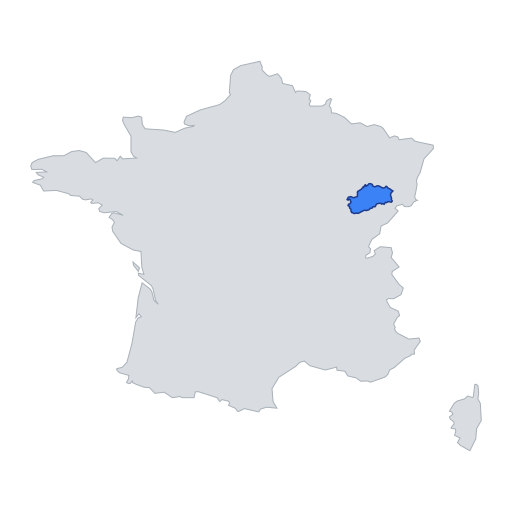 where Haute-Saône sits in France
{"feature_id": "FRA-5301", "entity_name": "Haute-Saône", "entity_type": "Metropolitan department", "adm_level": 1, "iso_a3": "FRA", "parent_name": "France", "parent_adm1": "", "projection": "natural_earth1", "projection_center": [5.999, 47.635], "detail": "fine", "context": "in_parent", "style": "filled", "palette": "blue", "viewbox_px": 512, "rotation_deg": 0, "n_neighbors": 0, "source": "natural_earth", "source_scale": "10m", "svg_char_len": 6237}
<svg xmlns="http://www.w3.org/2000/svg" viewBox="0 0 512 512"><path d="M417.4,200.2L413.6,202.0L411.3,205.7L408.9,206.6L404.5,206.6L402.4,204.3L397.1,205.8L395.0,208.2L398.2,211.0L387.7,222.9L381.1,226.0L379.7,233.7L371.8,239.5L368.9,245.6L368.6,246.8L370.6,248.8L369.8,252.8L365.8,255.4L365.8,258.0L366.9,258.3L373.0,256.3L375.4,253.9L374.1,250.7L380.3,246.7L391.2,247.7L392.5,253.0L391.1,257.4L399.1,267.0L392.2,271.5L391.8,274.4L398.9,284.1L403.3,288.1L401.0,294.6L393.5,298.8L388.7,298.5L386.7,299.5L386.9,301.5L390.2,307.4L398.3,311.2L399.6,315.7L397.3,317.3L393.6,324.0L395.2,327.3L394.6,328.8L395.5,331.1L397.6,333.3L408.9,339.1L419.0,338.0L420.3,341.3L414.1,350.1L414.5,354.1L411.4,354.1L410.8,355.5L404.6,358.4L394.5,367.4L389.7,370.0L387.8,374.5L385.0,377.1L370.5,382.2L367.7,381.0L360.6,381.2L356.2,377.9L347.7,375.9L344.9,371.2L337.0,370.3L336.6,367.1L325.4,370.0L309.8,365.7L304.3,361.1L299.8,362.3L295.7,366.4L278.8,377.3L272.0,388.6L273.1,401.7L276.9,408.2L266.6,407.2L260.5,409.1L258.8,411.9L244.3,408.6L238.9,411.4L237.4,411.2L235.5,408.4L228.5,405.3L229.6,403.1L228.6,401.2L222.0,399.6L219.6,401.5L217.1,397.7L198.4,391.7L195.4,391.8L194.0,397.7L181.9,397.6L180.2,396.5L172.4,397.7L164.2,392.2L154.9,393.3L149.4,387.6L143.9,387.2L136.2,384.3L132.7,382.7L132.3,381.0L130.0,383.6L127.1,383.0L126.5,382.2L128.4,379.1L128.9,375.4L119.3,372.7L116.8,370.0L116.8,368.6L122.1,367.4L126.9,362.3L131.9,343.8L135.7,322.0L138.2,317.9L141.3,316.8L138.9,313.8L135.9,317.7L138.2,297.8L142.1,282.8L150.0,288.9L151.8,291.6L154.0,300.5L158.4,304.3L155.6,300.6L153.0,288.8L151.2,285.4L138.7,275.5L138.3,273.2L143.9,274.4L141.8,267.0L141.0,251.5L133.2,250.0L121.0,243.4L112.8,231.5L112.0,227.1L114.4,222.4L112.5,219.5L109.0,217.4L111.9,213.4L114.5,213.0L123.3,215.3L116.1,211.5L104.2,212.8L99.6,211.4L98.8,208.7L102.2,205.1L98.3,202.8L91.5,203.4L90.7,202.4L92.8,199.9L91.1,198.9L85.5,199.9L82.4,199.1L79.6,196.2L70.7,195.5L68.7,193.8L56.5,190.4L43.6,191.0L40.3,185.2L32.6,182.4L34.2,180.5L42.1,178.8L43.7,177.2L38.1,174.8L36.2,172.4L46.7,171.9L42.1,169.3L31.9,169.5L30.7,166.0L32.2,162.5L38.3,159.3L53.1,155.8L63.9,155.7L71.6,151.6L79.2,150.5L86.2,152.5L95.5,162.6L103.3,158.1L114.8,158.3L117.0,160.8L120.3,156.2L122.7,158.9L136.7,158.0L133.5,156.2L131.0,151.9L131.0,136.1L124.3,124.7L122.6,120.6L123.2,117.1L131.5,117.7L138.4,116.1L141.7,117.2L142.3,124.5L145.1,128.8L164.2,130.1L175.2,132.4L184.7,128.2L193.4,126.4L194.1,125.4L189.1,125.8L184.6,124.0L184.0,122.1L186.5,116.3L200.0,110.0L219.6,104.6L224.7,101.0L230.6,94.6L229.3,92.9L230.6,75.4L233.5,69.6L241.0,65.5L259.9,61.3L262.2,66.9L262.0,70.0L266.9,74.9L269.4,76.4L277.6,73.8L281.5,78.4L282.6,83.5L292.5,85.7L295.4,92.4L297.2,91.0L303.4,91.3L306.3,91.8L310.3,94.8L309.1,98.9L310.8,100.8L309.1,104.5L310.3,106.1L321.7,106.1L325.2,104.4L326.7,100.7L330.2,98.5L331.5,99.2L329.3,106.1L330.9,107.9L331.6,112.9L336.0,113.3L344.4,117.3L351.4,123.9L360.2,122.8L367.1,126.5L374.2,124.6L381.0,126.6L383.3,128.5L389.6,137.8L394.4,135.9L397.9,137.0L399.0,139.7L411.8,138.1L414.2,140.7L416.9,141.7L433.2,145.2L433.4,148.7L424.1,158.6L420.0,172.8L417.3,177.7L416.3,181.4L417.1,183.9L416.6,187.7L414.7,197.0L415.8,199.7L417.4,200.2ZM478.7,393.0L477.9,399.0L480.3,403.3L481.3,420.4L476.6,428.7L475.8,438.8L469.9,450.7L460.4,445.4L457.5,442.5L460.0,437.9L454.6,435.4L455.8,431.0L455.2,428.8L451.4,428.5L451.2,427.4L454.0,424.0L453.9,421.8L450.2,419.2L449.5,416.8L453.0,414.2L451.4,411.8L449.4,411.2L454.1,403.4L457.3,401.0L464.7,398.8L467.7,396.0L472.5,397.5L473.3,396.8L474.8,384.4L476.4,384.3L478.0,385.9L478.7,393.0ZM139.5,267.9L138.3,271.4L133.5,265.3L133.0,262.0L139.5,267.9Z" fill="#d9dde1" stroke="#a8b0b8" stroke-width="1"/><path d="M354.7,213.5L354.2,213.5L353.7,213.4L352.3,212.6L351.9,212.2L351.7,212.4L351.3,211.9L351.1,211.6L351.0,211.1L351.0,210.8L351.0,209.7L350.9,209.3L350.8,209.1L350.5,208.8L350.2,208.7L349.9,208.4L349.7,208.1L349.6,207.6L349.6,207.2L349.6,206.9L349.5,206.6L349.4,206.3L349.1,206.1L348.8,206.0L348.5,205.9L348.3,205.9L348.1,205.6L348.2,205.3L348.2,205.0L348.4,204.5L348.6,204.2L348.8,204.1L349.1,204.0L349.6,204.0L349.8,203.9L350.1,203.4L350.6,202.9L350.8,202.7L350.9,202.4L350.9,202.1L350.9,201.8L350.8,201.5L350.6,201.2L350.4,201.0L350.3,200.7L350.4,200.2L350.3,199.7L350.1,199.5L349.8,199.3L349.5,199.2L349.2,199.2L348.8,199.5L348.6,199.7L348.2,200.1L347.1,199.6L348.1,197.6L348.3,197.3L348.6,197.1L349.0,197.0L349.3,197.0L350.0,196.8L350.5,196.6L351.1,196.7L352.8,197.5L353.1,197.6L353.4,197.7L353.8,197.6L356.8,196.7L357.1,196.5L357.4,196.2L357.5,195.7L357.4,195.4L357.4,195.0L357.4,194.6L357.4,194.1L357.6,193.4L357.6,192.9L357.3,192.3L357.5,191.9L357.8,191.4L361.1,189.4L361.5,189.1L362.1,188.2L362.4,187.9L362.8,187.8L363.1,187.7L363.4,187.6L363.5,187.4L363.5,187.2L363.3,186.7L363.9,186.5L364.3,186.2L364.9,185.1L365.1,184.9L365.3,184.8L365.5,184.8L365.7,185.0L365.7,185.4L365.6,186.0L365.8,186.3L366.2,186.2L366.4,186.0L366.8,185.7L367.6,185.3L367.8,185.1L368.4,184.3L368.7,184.0L369.0,183.8L369.3,183.7L369.8,183.6L371.3,183.9L372.0,184.3L372.3,184.6L372.5,184.9L372.5,185.2L372.4,185.6L372.6,185.8L372.9,186.0L373.4,186.2L373.9,186.5L374.4,186.7L375.1,186.7L375.6,186.6L375.9,186.4L376.3,186.1L376.8,185.9L378.4,185.8L379.6,186.3L382.3,187.8L382.6,187.9L383.0,187.9L383.6,188.0L384.0,187.9L384.4,187.8L384.8,187.6L385.1,187.4L385.3,187.2L385.6,186.7L386.0,186.3L386.3,186.3L386.7,186.6L387.3,187.1L387.9,187.9L388.2,188.1L388.5,188.4L389.5,188.7L389.9,188.9L390.6,189.5L392.9,191.0L391.3,192.7L390.7,193.8L390.5,195.0L390.6,195.4L391.4,197.7L391.5,198.2L391.4,199.5L391.5,199.8L391.6,200.0L391.8,200.3L392.1,200.6L392.2,200.9L392.1,201.4L391.2,202.2L388.8,201.6L387.7,201.9L386.9,202.5L386.6,202.6L386.3,202.6L385.7,202.4L385.4,202.4L385.0,202.8L384.5,203.9L384.1,204.3L382.4,203.5L381.8,204.0L381.7,204.1L381.4,203.9L380.9,203.4L380.6,203.3L380.1,203.2L377.3,203.7L376.8,203.9L376.4,204.2L375.4,206.3L374.9,206.8L374.5,206.8L373.6,206.6L373.2,206.7L373.1,206.8L372.8,207.0L372.6,207.2L372.5,207.7L372.3,207.9L372.2,208.0L371.6,208.2L370.6,208.2L370.3,208.4L369.5,209.3L369.1,209.7L366.7,210.5L366.0,210.5L364.8,210.2L364.4,210.2L358.3,213.3L357.3,213.3L356.8,213.1L356.2,213.1L354.7,213.5Z" fill="#3b82f6" stroke="#1e3a8a" stroke-width="1.5"/></svg>